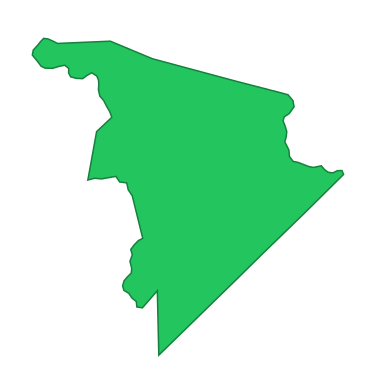 the district of General Sampaio, Ceará, Brazil, rotated 87°
{"feature_id": "56859067B86907470602863", "entity_name": "General Sampaio", "entity_type": "district", "adm_level": 2, "iso_a3": "BRA", "parent_name": "Brazil", "parent_adm1": "Ceará", "projection": "robinson", "projection_center": [-39.467, -4.064], "detail": "fine", "context": "isolated", "style": "filled", "palette": "green", "viewbox_px": 384, "rotation_deg": 87, "n_neighbors": 0, "source": "geoboundaries", "source_scale": "gbopen_adm2", "svg_char_len": 1214}
<svg xmlns="http://www.w3.org/2000/svg" viewBox="0 0 384 384"><g transform="rotate(87 192 192)"><path d="M125.8,97.3L121.8,96.0L118.7,90.7L112.2,85.6L106.1,86.4L99.9,91.0L98.0,96.8L83.9,141.5L56.8,224.7L37.1,265.7L36.6,318.5L34.4,322.3L31.7,327.5L30.8,332.1L34.0,335.5L37.3,338.4L41.9,343.1L46.9,344.3L53.4,339.5L58.5,336.1L60.6,332.3L61.2,324.7L59.5,317.7L58.8,312.4L62.1,308.7L66.7,309.0L70.7,307.1L72.5,301.4L73.1,295.2L70.1,290.8L67.7,285.9L71.2,281.0L75.5,279.5L79.9,279.5L85.2,280.1L91.5,279.0L95.9,275.5L102.1,272.7L107.4,270.0L113.2,268.2L126.7,284.1L174.6,295.4L173.2,288.6L174.2,281.7L173.1,272.7L172.4,267.2L178.2,263.7L179.5,256.7L186.4,255.6L192.6,251.9L235.7,243.6L237.6,248.0L241.9,252.6L246.2,256.2L251.6,254.9L258.0,257.6L265.1,256.2L269.8,256.9L273.3,260.9L277.1,264.5L282.2,266.2L286.6,265.2L289.9,260.4L294.9,257.4L298.4,253.4L303.9,253.1L305.1,247.6L288.8,231.8L353.2,233.7L283.1,153.8L258.2,125.7L220.7,82.7L182.4,39.7L178.4,41.1L178.3,45.7L180.3,50.4L179.3,55.2L176.4,58.6L172.6,61.5L173.8,69.5L172.6,74.3L170.4,79.1L168.0,84.4L166.7,89.4L161.7,92.8L155.3,93.0L150.6,95.0L146.7,96.7L141.8,95.0L136.7,94.2L130.5,95.7L125.8,97.3Z" fill="#22c55e" stroke="#15803d" stroke-width="1.5"/></g></svg>